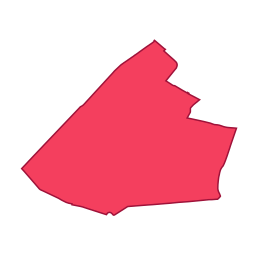 Al Zaytun, Al Qahirah, Egypt (orthographic projection), rotated 177°
{"feature_id": "37247803B62499095418831", "entity_name": "Al Zaytun", "entity_type": "district", "adm_level": 2, "iso_a3": "EGY", "parent_name": "Egypt", "parent_adm1": "Al Qahirah", "projection": "orthographic", "projection_center": [31.299, 30.1], "detail": "fine", "context": "isolated", "style": "filled", "palette": "rose", "viewbox_px": 256, "rotation_deg": 177, "n_neighbors": 0, "source": "geoboundaries", "source_scale": "gbopen_adm2", "svg_char_len": 3157}
<svg xmlns="http://www.w3.org/2000/svg" viewBox="0 0 256 256"><g transform="rotate(177 128 128)"><path d="M188.0,54.3L179.2,52.1L178.7,51.9L178.1,51.8L171.7,49.3L154.3,42.7L154.0,42.6L153.8,42.8L153.7,43.3L153.5,43.5L153.3,43.7L153.1,43.9L152.9,44.1L152.6,44.3L152.3,44.4L152.1,44.5L151.5,44.6L151.2,44.7L150.9,44.7L150.6,44.7L150.3,44.6L150.0,44.5L149.7,44.4L149.3,44.1L149.1,43.9L148.9,43.8L148.7,43.6L148.5,43.4L148.3,43.2L148.2,43.0L148.0,42.8L147.8,42.6L147.6,42.3L147.4,42.1L147.2,41.8L146.8,41.8L146.5,41.8L146.3,41.8L146.0,41.9L144.9,42.5L132.4,49.6L113.1,50.1L106.9,50.2L97.4,50.5L90.0,50.7L81.3,51.1L71.0,51.3L59.4,51.8L51.0,52.2L48.3,52.1L47.9,52.1L47.4,52.1L46.6,52.1L44.4,52.2L42.2,52.2L40.8,53.4L39.6,54.6L39.3,55.0L39.3,55.3L39.6,56.2L39.8,56.7L39.9,57.2L40.8,59.3L41.3,61.0L41.5,62.6L41.4,64.1L41.2,66.6L40.7,70.1L40.0,74.1L39.1,77.3L39.0,77.8L38.9,78.3L38.1,80.7L37.4,82.2L36.2,83.9L35.0,85.2L33.7,87.6L32.5,90.2L30.6,94.7L27.5,102.6L26.7,104.8L22.7,114.7L19.7,122.1L20.3,122.2L20.8,122.3L24.8,122.8L28.4,123.3L30.2,123.7L32.3,124.3L34.5,125.2L36.6,126.0L38.2,126.4L41.6,126.9L43.6,127.7L45.4,128.5L52.0,130.5L56.0,131.6L63.7,133.7L68.4,134.9L66.5,138.0L65.3,139.9L65.1,140.3L64.9,140.7L64.8,141.7L64.7,143.5L64.7,143.9L64.6,144.3L64.3,145.1L64.0,145.3L63.7,145.6L61.4,147.8L55.0,152.5L65.8,158.9L65.6,159.2L65.4,159.5L66.6,160.3L66.7,160.0L66.9,159.8L68.6,160.9L71.5,162.7L78.8,167.6L79.0,167.7L79.3,167.8L79.5,167.9L79.8,167.9L80.1,167.9L80.4,168.0L80.6,168.1L80.9,168.2L81.2,168.4L87.7,173.1L77.7,184.2L77.1,184.8L76.6,185.4L75.9,187.1L75.8,187.4L75.7,187.7L75.7,188.0L75.7,188.3L75.6,188.6L75.7,189.0L75.7,189.3L75.8,189.6L75.8,189.9L75.9,190.2L76.1,190.5L76.2,190.8L76.4,191.0L76.5,191.3L76.7,191.5L78.6,193.6L83.3,198.2L88.2,203.1L87.8,203.5L87.4,203.8L86.6,204.6L87.1,204.9L87.5,205.2L93.8,211.2L97.0,214.2L97.3,214.0L97.4,213.8L97.4,213.5L97.5,213.2L97.7,212.8L99.5,211.6L105.4,208.0L111.8,203.9L115.3,201.6L115.7,201.4L115.8,201.3L116.1,201.1L116.6,200.8L116.7,200.7L117.0,200.6L117.4,200.4L117.6,200.2L117.8,200.1L118.1,199.9L118.4,199.7L118.6,199.5L118.9,199.3L119.3,199.1L119.7,198.8L120.0,198.7L120.5,198.4L120.7,198.2L120.9,198.1L121.1,198.0L121.3,197.9L121.6,197.7L121.9,197.5L122.0,197.4L122.3,197.2L122.7,197.0L123.0,196.8L123.4,196.6L123.6,196.4L123.9,196.3L123.9,196.2L124.2,196.1L124.5,195.9L124.9,195.6L125.3,195.4L125.7,195.1L126.1,194.9L126.6,194.6L126.9,194.4L127.0,194.4L127.4,194.1L127.9,193.8L128.3,193.6L128.8,193.3L129.2,193.0L129.6,192.7L129.9,192.6L130.3,192.3L130.5,192.2L130.9,191.9L131.2,191.8L131.3,191.7L131.5,191.5L131.7,191.4L132.0,191.2L134.1,189.4L138.0,186.1L139.2,185.0L139.4,184.7L139.6,184.5L171.3,153.4L172.5,152.6L172.9,152.4L173.4,152.1L174.4,151.7L177.2,149.0L212.8,115.4L213.0,115.2L215.4,112.9L217.1,111.3L228.9,100.1L230.0,99.0L236.3,93.0L234.0,90.2L225.5,79.3L220.3,72.6L220.2,72.4L219.9,72.1L219.7,71.8L219.5,71.6L219.2,71.4L219.0,71.2L218.7,71.0L218.4,70.8L218.1,70.6L217.9,70.5L217.6,70.3L217.4,70.3L217.2,70.2L201.1,61.5L200.8,61.3L200.5,61.1L198.1,59.5L193.7,57.0L191.1,56.0L188.4,55.3L187.9,55.2L188.0,54.6L188.0,54.3Z" fill="#f43f5e" stroke="#9f1239" stroke-width="1.5"/></g></svg>